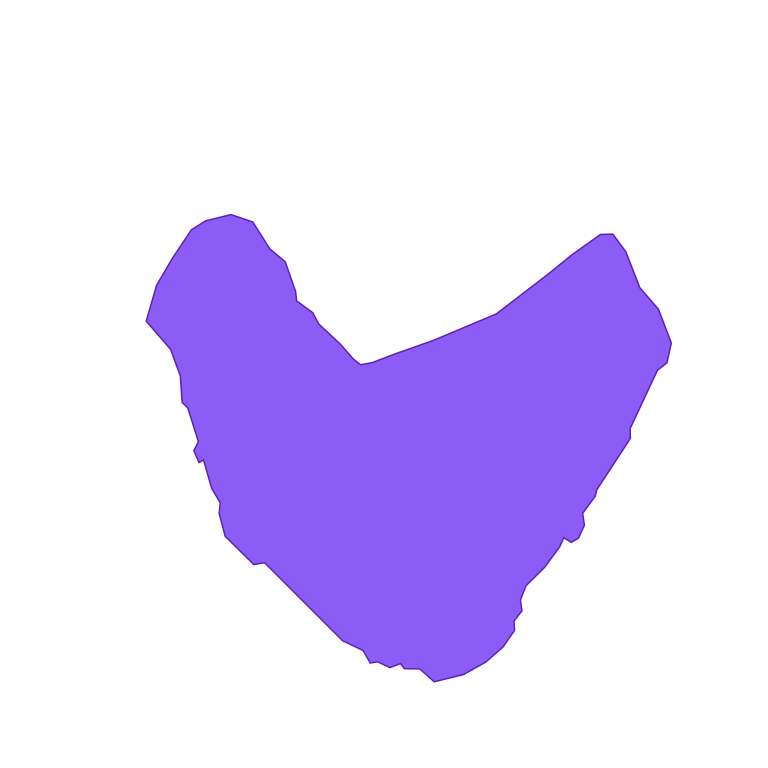 outline of Fono, Federated States of Micronesia, rotated 211°
{"feature_id": "79324940B33522966184784", "entity_name": "Fono", "entity_type": "district", "adm_level": 2, "iso_a3": "FSM", "parent_name": "Federated States of Micronesia", "parent_adm1": "", "projection": "equal_earth", "projection_center": [151.881, 7.484], "detail": "fine", "context": "isolated", "style": "filled", "palette": "violet", "viewbox_px": 768, "rotation_deg": 211, "n_neighbors": 0, "source": "geoboundaries", "source_scale": "gbopen_adm2", "svg_char_len": 1047}
<svg xmlns="http://www.w3.org/2000/svg" viewBox="0 0 768 768"><g transform="rotate(211 384 384)"><path d="M137.9,351.9L139.5,366.2L147.1,375.5L145.1,396.5L147.1,403.1L144.8,464.2L150.1,472.6L156.7,536.8L152.4,547.9L158.8,567.1L187.2,589.4L214.3,598.3L244.8,621.9L265.0,630.3L275.5,623.7L289.5,591.4L300.0,562.5L323.8,502.0L364.3,446.6L391.1,414.2L404.9,396.5L414.1,388.4L423.0,389.6L442.0,395.7L470.7,401.8L481.8,408.4L501.8,410.3L507.4,417.8L531.6,437.9L551.4,441.0L579.9,455.3L602.4,450.4L620.9,432.1L628.5,417.0L630.1,383.1L629.8,351.5L620.2,315.4L584.8,303.8L562.7,286.0L547.5,264.2L539.8,262.4L513.4,239.0L512.7,229.0L502.1,221.4L499.6,226.0L478.0,205.8L463.1,197.8L458.6,188.1L441.6,171.6L402.6,162.2L394.3,169.3L287.2,142.6L264.6,144.8L252.1,137.7L246.4,142.6L232.9,143.9L225.9,152.8L219.8,150.5L206.7,158.2L187.6,154.6L166.1,176.0L153.5,198.2L146.5,220.1L145.2,240.1L150.5,247.7L148.9,260.6L155.8,269.1L158.4,284.2L152.0,309.1L149.5,335.0L150.8,344.8L142.0,344.7L137.9,351.9Z" fill="#8b5cf6" stroke="#5b21b6" stroke-width="1.5"/></g></svg>